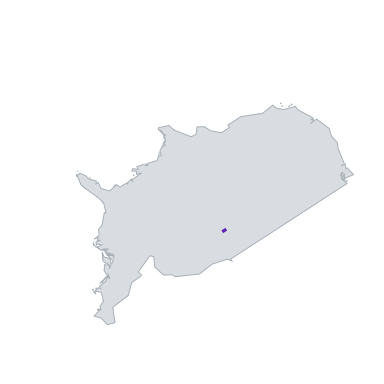 location of Hamlin, South Dakota, United States of America, rotated 147°
{"feature_id": "52423323B11265703502297", "entity_name": "Hamlin", "entity_type": "district", "adm_level": 2, "iso_a3": "USA", "parent_name": "United States of America", "parent_adm1": "South Dakota", "projection": "robinson", "projection_center": [-97.128, 44.674], "detail": "fine", "context": "in_parent", "style": "filled", "palette": "violet", "viewbox_px": 384, "rotation_deg": 147, "n_neighbors": 0, "source": "geoboundaries", "source_scale": "gbopen_adm2", "svg_char_len": 3890}
<svg xmlns="http://www.w3.org/2000/svg" viewBox="0 0 384 384"><g transform="rotate(147 192 192)"><path d="M301.8,140.0L321.3,138.4L327.7,124.4L335.3,126.8L336.7,135.5L341.7,141.2L334.4,143.2L334.2,144.8L332.8,142.8L331.3,146.3L325.7,148.6L322.7,157.3L326.4,160.9L328.5,160.5L327.8,158.9L328.6,159.6L328.9,161.5L322.7,162.7L321.3,160.7L320.9,163.4L313.6,164.0L308.4,167.4L308.8,165.5L308.1,164.2L307.0,168.9L308.7,169.7L308.5,173.6L305.1,178.7L301.0,175.6L303.1,172.4L300.6,174.6L301.9,178.1L303.7,180.2L304.1,182.5L300.0,190.7L301.1,185.5L297.0,180.6L299.1,175.4L295.5,177.0L297.4,184.7L293.6,182.3L292.4,182.6L293.4,180.2L293.3,179.5L292.2,181.3L292.2,183.0L297.9,185.9L296.7,187.3L294.1,184.6L293.2,184.2L296.4,187.4L297.8,188.0L297.2,189.9L295.4,188.4L298.2,191.4L297.6,191.8L296.2,190.3L292.9,189.6L297.2,192.4L299.8,192.3L302.9,199.4L300.2,193.9L301.2,197.5L296.2,196.7L300.0,200.2L301.6,199.2L299.6,202.4L294.9,201.3L297.8,202.9L295.5,204.5L298.4,205.7L293.2,206.5L290.7,211.6L285.8,213.0L276.8,222.4L275.6,221.3L272.4,229.9L272.2,232.0L273.9,238.6L281.3,258.0L279.3,268.3L275.8,268.9L272.2,263.4L271.4,258.8L266.3,253.5L268.0,251.2L265.5,251.3L266.4,244.5L260.4,237.7L251.5,239.3L249.8,235.4L241.0,235.0L242.0,233.5L240.5,235.0L236.5,235.7L236.4,232.7L235.8,234.9L223.7,235.4L228.9,237.0L227.2,239.7L231.1,242.4L229.1,243.9L224.7,240.3L224.5,243.1L218.5,241.9L215.1,238.3L213.1,240.1L204.4,237.4L199.3,241.3L200.6,240.2L197.9,239.2L196.5,244.0L191.2,247.1L192.4,246.2L188.9,245.7L190.1,247.3L186.1,249.3L184.5,254.6L182.7,253.8L184.2,255.2L184.5,260.1L186.2,263.1L184.9,264.1L175.2,260.4L173.0,253.2L162.7,238.9L157.4,238.1L152.3,243.8L146.0,240.0L143.3,233.5L135.1,225.7L125.4,225.7L125.3,228.6L109.8,228.6L90.0,219.6L76.8,220.8L75.3,215.8L69.9,211.1L58.5,207.4L58.7,203.9L50.2,188.2L50.7,186.5L52.5,188.6L51.5,185.2L55.8,184.9L47.8,185.3L42.3,170.6L44.6,162.9L43.2,154.2L45.9,148.5L48.9,132.3L52.7,132.7L48.5,131.9L50.2,127.6L48.7,127.7L47.1,118.6L56.6,120.1L54.2,124.9L57.7,121.5L57.0,125.5L54.5,126.5L56.2,126.7L58.2,125.0L59.3,120.9L57.3,114.7L196.1,114.7L196.1,112.3L198.8,116.3L214.6,120.6L230.4,119.1L252.5,130.3L253.5,133.2L261.2,137.9L264.1,149.3L259.4,158.5L262.0,161.5L280.6,154.2L279.6,149.9L281.2,149.2L291.7,148.9L301.8,140.0ZM316.0,165.9L319.1,165.4L308.2,168.1L317.1,164.8L316.0,165.9ZM57.6,118.6L58.6,121.1L58.5,121.5L56.9,119.6L57.6,118.6ZM186.0,262.3L184.7,257.9L184.8,255.5L185.0,258.1L186.0,262.3ZM335.3,143.6L335.3,144.9L334.8,144.6L335.3,143.6ZM215.2,239.6L215.5,240.6L214.5,239.8L215.2,239.6ZM62.8,211.4L64.1,210.9L64.2,211.0L62.8,211.4ZM61.4,211.0L60.8,211.7L60.4,211.1L61.4,211.0ZM325.6,162.9L324.8,163.7L324.6,163.5L325.6,162.9ZM185.5,253.3L184.8,255.2L186.6,251.4L185.5,253.3ZM279.1,251.6L280.5,255.4L278.9,251.2L279.1,251.6ZM69.4,214.6L69.9,215.7L69.3,214.7L69.4,214.6ZM279.9,268.9L278.8,270.1L280.5,267.5L279.9,268.9ZM303.4,201.8L302.3,203.3L303.0,199.7L303.4,201.8ZM56.5,116.5L56.5,117.2L55.9,116.9L56.5,116.5ZM190.2,248.1L188.3,249.0L190.2,247.8L190.2,248.1ZM328.7,163.3L328.7,164.2L327.7,164.0L328.7,163.3ZM69.2,217.5L69.6,218.8L69.0,217.6L69.2,217.5ZM187.8,249.7L187.1,250.2L187.7,249.4L187.8,249.7ZM303.7,184.1L302.6,186.1L303.9,183.3L303.7,184.1ZM198.7,242.1L197.5,242.9L199.3,241.6L198.7,242.1ZM272.6,230.9L272.5,232.5L272.3,231.4L272.6,230.9ZM298.9,206.0L298.5,206.3L299.7,205.1L298.9,206.0ZM254.7,239.0L253.2,239.8L252.6,239.6L254.7,239.0ZM236.0,235.5L235.7,235.7L234.8,235.7L236.0,235.5ZM269.8,259.0L270.1,260.1L269.5,258.7L269.8,259.0ZM232.1,237.7L231.9,238.7L231.8,236.9L232.1,237.7ZM276.6,271.6L275.7,271.7L276.9,271.4L276.6,271.6ZM308.3,174.3L307.7,175.3L308.4,173.9L308.3,174.3ZM301.4,203.6L300.9,203.9L301.4,203.6Z" fill="#d9dde1" stroke="#a8b0b8" stroke-width="1"/><path d="M187.5,141.3L186.9,141.3L185.6,141.3L184.3,141.3L184.3,143.0L186.2,143.0L187.5,143.0L187.5,141.3Z" fill="#8b5cf6" stroke="#5b21b6" stroke-width="1.5"/></g></svg>